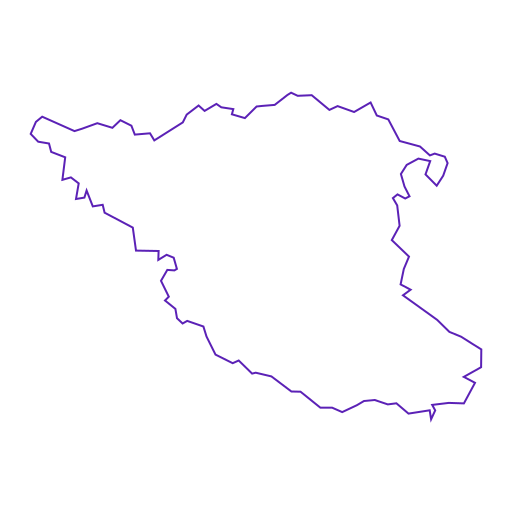 the district of Hormigueros, Puerto Rico
{"feature_id": "32010507B56909324713626", "entity_name": "Hormigueros", "entity_type": "district", "adm_level": 2, "iso_a3": "PRI", "parent_name": "Puerto Rico", "parent_adm1": "", "projection": "albers", "projection_center": [-67.115, 18.132], "detail": "fine", "context": "isolated", "style": "outline", "palette": "violet", "viewbox_px": 512, "rotation_deg": 0, "n_neighbors": 0, "source": "geoboundaries", "source_scale": "gbopen_adm2", "svg_char_len": 1582}
<svg xmlns="http://www.w3.org/2000/svg" viewBox="0 0 512 512"><path d="M356.9,405.2L364.0,401.0L374.7,400.0L387.8,404.4L396.4,403.3L408.5,413.6L429.7,410.3L431.1,419.3L435.2,410.4L432.2,404.9L448.8,402.9L463.9,403.4L475.0,382.8L463.8,376.9L481.1,367.2L481.3,349.4L472.3,343.8L461.1,336.7L449.4,331.9L437.2,319.9L403.0,295.3L410.6,289.7L400.6,284.4L403.8,269.0L409.0,256.6L391.8,240.1L399.6,225.8L397.2,205.4L392.9,198.1L397.5,194.4L405.2,198.5L409.5,196.3L404.5,186.5L400.9,174.0L406.7,164.9L418.4,158.6L430.2,161.1L425.5,174.4L436.7,185.7L443.2,175.7L447.6,163.1L444.8,156.7L434.7,153.6L429.9,155.4L420.0,146.5L399.7,141.0L388.3,119.4L376.8,115.5L370.6,102.5L354.1,112.0L337.6,106.1L329.4,109.9L311.7,95.2L297.7,95.8L291.1,92.7L287.4,95.0L274.7,104.9L262.4,105.9L256.6,106.5L244.9,118.1L231.9,114.3L233.3,109.1L221.3,107.3L216.4,103.9L204.6,110.9L198.6,105.5L186.7,114.6L182.8,122.4L154.3,140.4L150.0,133.3L134.8,134.6L131.4,125.7L120.4,120.2L112.4,127.8L97.3,123.2L82.1,128.7L74.5,131.1L42.2,116.7L35.9,121.9L30.7,133.9L38.2,141.7L49.0,143.5L51.2,151.9L65.2,157.3L62.4,179.8L70.9,177.4L78.7,183.4L76.0,199.0L84.4,197.6L86.6,190.5L92.8,206.4L102.7,204.8L104.6,212.7L132.8,227.6L136.0,250.6L158.6,251.0L158.3,259.9L166.6,254.8L173.7,257.7L176.9,268.9L174.4,270.4L167.3,269.9L161.0,280.8L168.8,296.7L165.0,300.5L175.4,308.9L177.0,318.2L182.6,323.5L187.2,320.9L203.4,326.5L206.5,336.5L215.5,354.6L232.7,363.2L238.7,360.5L252.1,373.6L255.7,372.7L271.4,376.4L291.4,391.5L300.5,391.7L320.4,407.7L332.2,407.7L342.2,412.1L356.9,405.2Z" fill="none" stroke="#5b21b6" stroke-width="2"/></svg>